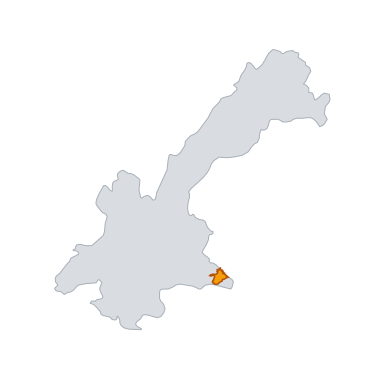 Kenethao, Xaignabouri, Laos shown in context, rotated 261°
{"feature_id": "54806243B29120113935386", "entity_name": "Kenethao", "entity_type": "district", "adm_level": 2, "iso_a3": "LAO", "parent_name": "Laos", "parent_adm1": "Xaignabouri", "projection": "orthographic", "projection_center": [101.393, 17.858], "detail": "fine", "context": "in_parent", "style": "filled", "palette": "amber", "viewbox_px": 384, "rotation_deg": 261, "n_neighbors": 0, "source": "geoboundaries", "source_scale": "gbopen_adm2", "svg_char_len": 6802}
<svg xmlns="http://www.w3.org/2000/svg" viewBox="0 0 384 384"><g transform="rotate(261 192 192)"><path d="M130.5,45.3L132.3,48.6L140.9,57.7L142.4,60.1L145.6,62.0L148.2,70.0L149.3,70.5L150.8,69.9L151.8,68.8L152.7,65.7L153.3,65.4L154.2,67.9L156.6,68.7L157.7,69.8L158.0,71.7L157.7,73.7L155.7,78.3L154.6,84.5L163.1,97.7L166.6,99.4L175.0,101.5L180.7,104.4L183.4,103.6L185.8,100.3L188.8,98.4L194.4,95.5L196.0,95.4L199.2,96.4L204.3,99.6L212.2,105.7L211.9,107.3L210.6,109.0L206.5,111.5L205.2,113.1L206.0,113.6L209.5,114.0L213.6,115.3L214.8,116.9L215.6,120.6L216.3,121.2L220.1,120.8L221.3,121.3L222.7,122.4L224.1,125.4L224.1,127.7L220.4,131.8L220.0,134.3L218.1,137.2L213.0,142.1L211.7,142.4L202.1,139.9L194.5,140.4L193.9,141.4L195.2,144.3L195.6,147.2L194.5,149.4L190.1,152.3L190.0,153.5L190.9,154.8L197.3,157.3L217.9,170.9L227.2,173.4L231.3,175.0L232.4,176.0L232.4,177.2L231.3,178.8L230.5,181.5L230.5,183.2L231.5,184.7L233.2,187.1L239.0,192.2L243.2,193.4L247.7,199.3L249.2,204.6L251.4,208.0L262.3,219.1L271.3,225.9L276.8,233.4L279.4,235.0L280.3,237.8L281.2,245.7L284.4,249.7L285.0,251.2L286.4,252.4L287.9,252.6L291.0,249.9L291.6,250.2L293.1,254.4L294.5,255.9L299.2,258.4L304.4,263.3L307.1,265.1L310.5,266.4L311.0,268.0L310.5,269.6L309.4,270.7L303.7,273.9L303.0,275.2L307.0,281.5L316.9,289.3L320.0,294.0L319.4,296.3L316.9,301.1L314.9,302.4L314.4,303.9L316.0,307.7L316.0,313.6L314.2,315.1L312.6,318.8L311.4,319.1L308.4,317.8L302.3,324.3L299.6,324.0L296.5,327.6L292.5,328.2L289.7,325.7L283.6,321.7L281.4,319.1L279.6,321.4L276.5,323.6L272.1,323.0L270.9,326.2L270.1,326.7L264.7,327.4L263.7,327.9L264.6,330.7L267.9,335.5L268.9,338.2L267.0,342.8L261.5,342.8L258.9,341.0L255.7,337.2L248.5,334.9L243.8,336.7L242.3,336.7L238.7,333.5L237.3,331.5L236.5,328.4L241.9,325.8L244.6,323.8L246.4,321.7L247.1,319.6L247.8,310.6L248.5,307.4L248.0,303.6L246.5,300.6L246.4,296.0L247.1,292.3L249.1,290.4L250.5,287.7L251.3,281.7L250.6,280.2L248.5,278.8L245.1,277.5L242.9,275.8L242.0,273.7L242.0,271.8L243.0,270.2L240.4,268.5L234.2,266.6L230.7,264.3L230.0,261.6L227.3,258.0L222.8,253.6L220.4,247.2L220.0,238.9L220.4,232.0L222.2,224.1L219.5,218.4L216.6,215.4L212.7,213.3L208.9,210.2L205.2,206.1L200.9,200.0L195.8,192.0L192.4,188.5L190.7,189.3L187.1,188.6L181.6,186.3L176.9,185.1L172.8,185.0L170.2,185.5L168.9,186.8L168.9,188.0L169.9,189.2L169.4,190.2L167.2,190.9L165.5,192.2L163.6,195.2L162.3,199.1L160.3,200.6L157.2,201.0L154.1,202.1L151.1,204.0L149.7,205.4L149.9,206.4L149.2,206.6L147.7,206.1L147.0,204.8L147.1,202.8L145.5,201.5L142.4,200.8L138.7,198.6L131.9,193.1L130.3,192.8L128.0,194.3L125.1,197.4L122.7,198.7L120.8,198.0L119.3,199.1L118.3,202.0L116.4,204.3L107.1,210.3L98.8,218.1L96.7,218.8L91.7,216.6L90.1,215.1L97.0,199.1L98.1,195.3L97.8,190.2L94.9,185.9L94.8,184.7L95.3,183.4L98.8,178.4L102.9,165.7L102.7,161.8L100.9,157.4L99.9,153.3L100.7,147.7L100.4,145.5L98.5,144.4L92.2,143.3L88.6,144.2L86.9,145.7L84.8,146.6L80.8,147.1L77.1,145.2L74.0,142.0L73.2,138.0L77.2,129.5L78.2,126.3L78.1,124.7L77.4,123.1L76.5,122.9L74.5,120.9L72.6,117.3L70.7,115.7L69.0,116.0L67.4,117.3L64.8,120.7L64.0,120.2L66.3,108.5L68.5,103.5L71.1,101.2L73.8,100.3L76.6,100.6L79.0,100.2L80.9,99.0L80.8,98.3L78.5,98.1L77.6,96.8L78.1,94.3L79.1,92.7L80.7,91.9L82.2,89.4L83.7,85.2L85.4,83.0L87.5,82.9L91.1,81.1L96.1,77.5L98.1,74.0L100.0,75.6L99.3,79.7L100.3,80.5L100.7,82.0L100.5,84.2L100.9,86.2L101.6,87.1L102.8,87.6L108.1,85.9L111.4,85.8L116.7,88.8L119.9,86.6L120.0,85.7L117.3,82.9L118.1,72.6L117.7,64.8L113.3,59.1L112.4,56.8L112.0,53.0L110.8,49.8L113.9,47.1L115.6,42.4L117.8,41.2L118.5,41.4L121.1,45.0L124.5,43.2L127.1,43.2L129.3,44.1L130.5,45.3Z" fill="#d9dde1" stroke="#a8b0b8" stroke-width="1"/><path d="M102.1,214.3L102.2,214.2L102.4,214.1L102.5,214.1L102.7,213.9L102.9,213.8L103.0,213.6L103.0,213.4L103.3,213.3L103.5,213.3L103.6,213.2L103.5,212.9L103.5,212.7L103.9,212.6L104.1,212.6L104.3,212.7L104.5,212.6L104.8,212.4L105.0,212.1L105.2,211.9L105.3,211.7L105.5,211.7L105.9,211.6L106.0,211.4L106.0,211.2L106.4,211.2L106.5,211.3L106.6,211.5L106.8,211.4L106.9,211.2L106.8,210.9L107.0,210.7L107.3,210.6L107.5,210.5L107.7,210.4L107.6,210.2L107.4,210.1L107.2,210.1L106.9,210.1L106.7,210.1L106.5,209.9L106.8,209.7L107.1,209.7L107.3,209.7L107.2,209.8L107.3,209.9L107.3,209.7L107.5,209.6L107.9,209.8L108.1,209.7L108.1,209.8L108.2,209.6L108.3,209.6L108.5,209.5L108.5,209.4L108.8,209.3L108.9,209.2L109.2,208.9L109.4,208.8L109.5,208.8L109.5,209.0L109.4,209.0L109.2,209.1L109.3,209.3L109.5,209.4L109.8,209.3L109.7,209.4L109.7,209.5L109.6,209.8L109.5,210.0L109.8,209.9L109.8,209.6L109.9,209.4L110.1,209.4L110.1,209.2L109.9,209.2L110.0,209.0L110.2,208.9L110.3,208.7L110.5,208.6L110.8,208.4L110.8,208.2L111.0,208.3L111.3,208.3L111.4,208.2L111.5,208.2L111.6,207.9L111.8,207.8L112.1,207.8L112.3,207.9L112.5,208.0L112.5,207.9L112.5,207.7L112.3,207.5L112.3,207.4L112.0,207.1L111.9,207.2L111.7,207.1L111.8,206.9L111.7,206.7L111.6,206.8L111.4,206.9L111.2,206.8L111.1,206.7L111.0,206.4L111.0,206.2L111.1,205.8L111.3,205.5L111.4,205.3L111.5,205.0L111.5,204.8L111.5,204.7L111.4,204.6L111.2,204.6L110.9,204.8L110.6,205.1L110.4,205.3L110.2,205.4L109.8,205.3L109.8,205.2L109.7,204.7L109.8,204.4L109.7,204.3L109.6,204.2L109.4,204.3L109.2,204.6L108.8,204.8L108.6,204.8L108.3,204.8L108.1,204.6L107.9,204.4L107.8,204.2L107.7,204.0L107.6,203.7L107.2,203.3L107.1,203.1L107.0,202.8L107.0,202.4L107.0,202.2L107.0,201.7L107.3,201.0L107.4,200.6L107.5,200.3L107.5,200.2L107.5,199.8L107.5,199.6L107.5,199.2L107.4,198.9L107.4,198.7L107.4,198.4L107.3,198.2L107.4,197.7L107.2,197.3L107.2,197.2L106.9,196.9L106.8,196.7L106.7,196.6L106.6,196.4L106.4,196.7L106.3,196.9L106.3,197.0L106.2,197.1L106.1,197.3L106.0,197.5L106.1,197.8L106.2,198.1L106.2,198.3L106.2,198.5L106.2,198.9L106.3,199.1L106.4,199.3L106.3,199.5L106.2,199.9L106.1,200.3L106.1,200.6L106.1,201.0L105.9,201.1L105.5,201.2L105.3,201.2L104.9,201.1L104.7,201.0L104.4,201.0L104.2,200.9L104.0,200.7L103.7,200.6L103.5,200.4L103.0,200.0L102.3,199.7L102.2,199.7L101.9,199.5L101.8,199.4L101.8,199.5L101.7,199.5L101.6,199.4L101.3,199.3L101.1,199.2L100.8,198.9L100.8,198.7L100.6,198.6L100.3,198.3L100.1,198.2L99.6,198.0L99.4,198.0L99.2,198.2L99.2,198.3L99.1,198.5L98.9,198.8L98.8,199.0L98.6,199.3L98.4,199.0L98.2,199.1L98.0,199.3L97.9,199.4L97.9,199.5L97.7,199.7L97.7,199.8L97.5,200.1L97.3,200.3L97.2,200.8L97.2,201.0L97.1,201.3L97.1,201.7L97.1,201.8L97.1,202.0L97.1,202.4L97.1,202.7L97.2,203.3L97.2,203.6L97.3,203.8L97.7,204.2L98.1,204.4L98.2,204.5L98.3,204.7L98.4,204.9L98.5,205.3L98.7,205.7L98.8,206.0L99.0,206.7L99.2,207.6L99.4,207.9L99.6,208.0L99.8,208.0L100.2,208.0L100.3,208.1L100.6,208.2L100.8,208.4L100.9,208.5L100.9,208.9L100.8,209.0L100.7,209.2L100.7,209.4L100.7,209.6L100.8,209.7L100.8,210.0L101.3,211.4L101.6,212.0L101.9,212.9L102.0,213.1L102.1,213.5L102.1,214.0L102.1,214.3Z" fill="#f59e0b" stroke="#b45309" stroke-width="1.5"/></g></svg>